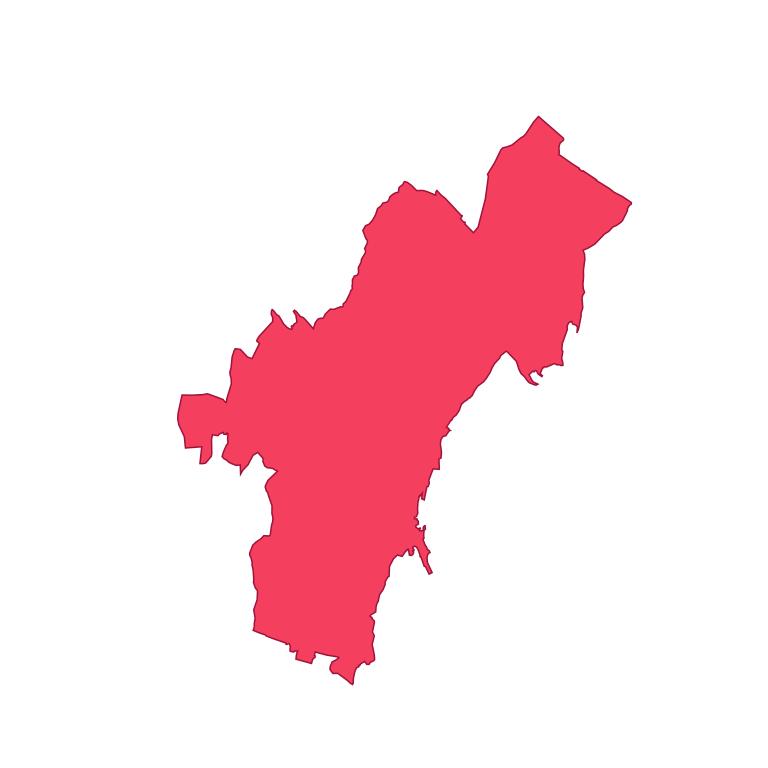 Voloiac, Mehedinti, Romania (Natural Earth projection), rotated 105°
{"feature_id": "2599482B70706234168944", "entity_name": "Voloiac", "entity_type": "district", "adm_level": 2, "iso_a3": "ROU", "parent_name": "Romania", "parent_adm1": "Mehedinti", "projection": "natural_earth1", "projection_center": [23.067, 44.63], "detail": "fine", "context": "isolated", "style": "filled", "palette": "rose", "viewbox_px": 768, "rotation_deg": 105, "n_neighbors": 0, "source": "geoboundaries", "source_scale": "gbopen_adm2", "svg_char_len": 6169}
<svg xmlns="http://www.w3.org/2000/svg" viewBox="0 0 768 768"><g transform="rotate(105 384 384)"><path d="M497.8,559.0L497.2,559.0L496.7,557.8L491.8,543.8L508.5,541.2L508.0,538.8L506.6,535.9L498.7,532.1L495.9,532.3L481.9,536.3L477.4,536.5L476.9,531.0L475.0,530.1L472.4,526.9L473.9,525.8L473.6,523.3L472.4,523.4L472.0,522.3L473.2,521.6L477.1,521.0L481.6,519.4L484.1,520.4L491.1,521.5L495.9,521.6L497.5,519.5L498.4,515.8L499.5,514.4L500.3,511.0L500.9,505.7L499.4,501.9L508.2,499.2L503.9,498.1L497.3,494.5L486.8,492.1L482.8,488.3L486.9,481.9L487.7,481.3L490.3,480.9L494.1,477.9L495.1,474.9L494.5,471.9L494.5,468.7L495.1,467.6L495.8,464.3L507.0,471.1L512.6,472.2L514.2,472.1L517.6,470.1L519.2,468.0L521.3,467.0L530.5,460.7L538.2,458.7L542.1,456.6L546.0,455.9L549.1,456.1L559.4,454.8L560.5,455.6L561.6,460.8L565.5,462.9L569.8,466.7L573.5,469.0L582.1,470.0L584.1,469.4L586.4,467.4L590.1,465.4L593.3,464.5L597.2,462.4L607.5,458.9L609.4,458.8L614.5,455.3L616.1,453.0L617.2,452.5L625.2,450.7L635.8,451.4L643.7,447.8L648.6,447.4L652.3,446.4L655.8,446.6L656.7,440.1L657.0,433.9L657.8,432.8L658.6,425.9L659.6,411.7L660.6,411.4L660.9,410.7L659.4,408.8L659.5,408.0L662.4,406.4L665.2,406.0L666.5,405.4L666.2,401.7L665.1,401.3L664.3,398.2L667.0,398.6L669.6,398.3L672.6,397.8L672.6,397.0L672.7,381.7L669.3,381.7L667.2,381.1L666.2,379.9L664.5,380.0L664.0,381.0L660.7,381.1L660.7,369.4L659.7,359.3L659.8,357.0L660.8,357.2L663.5,359.4L665.7,362.1L670.5,362.8L673.6,362.4L676.8,358.5L675.5,353.7L680.0,342.2L681.8,339.0L682.4,336.6L681.0,336.3L676.2,337.4L669.6,337.7L665.4,337.2L663.5,335.1L662.3,335.6L661.6,334.3L660.4,334.2L657.0,330.8L659.3,328.1L658.7,325.9L656.3,325.1L654.2,322.5L652.7,321.7L648.3,323.2L638.7,328.0L629.7,328.2L626.5,331.0L616.9,331.5L615.3,332.1L613.8,334.7L612.7,335.2L611.9,337.4L611.1,337.5L606.3,333.0L601.2,334.0L597.5,334.0L595.4,333.3L589.0,333.8L582.5,331.6L577.3,331.0L575.5,331.6L572.5,331.2L569.3,330.2L568.5,329.3L558.7,331.5L550.4,329.6L545.8,326.8L545.8,321.9L539.0,319.4L539.1,318.9L537.3,318.2L537.3,317.6L542.7,315.2L542.4,314.1L542.7,313.5L541.4,312.1L539.8,311.7L538.5,312.1L538.0,313.1L537.3,312.8L537.1,312.0L536.0,312.3L535.5,313.6L533.6,313.7L532.7,311.9L533.1,310.5L534.7,308.6L539.6,305.1L541.3,304.6L542.1,303.1L549.5,298.1L549.8,296.5L556.0,291.2L553.7,288.7L545.5,295.6L542.7,296.8L540.1,297.6L537.4,297.6L536.2,297.3L534.9,295.9L533.4,297.1L532.4,299.5L530.1,300.9L529.6,302.1L523.8,306.3L522.8,305.4L519.6,306.6L515.0,307.4L513.5,306.4L510.2,307.7L510.3,308.1L512.1,309.0L515.4,308.3L516.6,311.1L516.0,312.0L514.2,311.4L513.7,311.9L515.1,313.1L514.2,316.0L512.6,316.7L510.5,314.5L508.6,315.0L507.4,315.6L507.5,316.3L505.8,317.1L506.2,319.7L504.7,320.1L503.7,318.4L500.0,317.9L496.3,319.2L488.9,320.7L487.3,320.5L483.2,321.1L482.4,320.4L483.0,320.2L479.6,318.8L485.1,318.0L485.6,315.1L472.0,316.0L471.6,314.8L469.1,314.6L467.7,314.6L465.4,315.8L453.3,314.6L452.1,308.5L442.2,311.5L440.8,309.8L435.0,310.8L427.5,314.0L422.8,314.6L419.4,313.4L418.0,310.9L412.6,309.0L411.7,307.9L411.2,309.7L410.2,309.9L409.5,312.5L403.2,310.4L400.5,308.9L398.6,308.7L395.2,306.2L390.1,304.5L383.8,304.0L380.4,302.0L377.3,299.2L376.4,299.1L375.3,297.6L372.2,295.8L366.5,294.6L361.9,293.0L355.9,288.3L352.1,286.6L345.0,284.4L340.8,283.9L335.7,282.5L329.1,279.0L326.3,278.6L320.7,274.5L321.0,273.4L327.8,262.0L334.9,257.5L338.4,254.4L340.5,250.3L343.7,246.5L345.2,244.0L345.9,238.0L345.6,236.6L344.3,235.3L343.5,240.0L341.8,242.4L337.5,246.3L333.2,243.7L333.4,242.1L331.7,241.4L331.9,240.1L334.5,237.7L336.0,233.4L335.0,233.1L333.6,235.8L327.7,235.1L326.8,233.8L325.8,233.8L325.5,231.3L320.2,224.8L320.7,221.2L320.2,220.8L320.0,219.8L320.3,217.3L319.6,216.0L316.7,217.0L313.3,219.0L306.2,219.7L305.0,221.1L298.6,222.2L283.8,221.0L280.5,222.2L276.8,221.3L275.0,219.1L277.2,217.2L277.5,213.5L279.2,211.8L284.8,210.9L281.0,210.3L267.3,211.2L264.5,212.0L259.0,211.7L249.6,215.0L246.8,215.0L243.6,214.0L240.5,216.1L236.4,217.6L228.7,219.0L222.5,220.8L211.4,222.3L206.7,223.9L203.3,226.4L200.0,222.1L194.3,216.6L182.0,209.8L178.4,206.4L173.1,203.6L170.7,200.5L166.5,197.0L164.4,195.9L157.2,194.4L153.2,193.7L151.9,194.3L147.8,193.1L146.5,191.8L144.7,192.0L141.2,202.2L139.3,211.2L136.8,217.1L132.4,231.7L131.8,231.6L126.5,247.0L127.2,247.5L126.0,251.0L125.2,251.0L122.6,259.2L116.9,274.8L115.2,274.5L110.5,276.2L107.9,276.4L105.7,276.2L101.9,273.7L100.2,274.2L85.6,304.0L92.2,307.3L105.6,311.7L108.5,313.3L111.3,315.9L120.0,322.2L123.1,326.6L125.1,330.3L127.5,331.7L141.6,334.4L154.7,338.3L156.0,337.1L158.7,336.6L179.3,334.0L208.1,333.7L214.7,336.7L208.5,347.3L206.9,347.4L206.7,348.3L207.1,348.9L204.7,352.6L202.7,352.5L202.3,352.0L201.1,352.1L201.1,353.2L188.8,372.9L186.8,377.6L183.4,383.0L184.9,383.6L188.2,383.0L187.0,392.4L187.0,396.6L188.7,402.5L185.0,408.9L183.2,413.6L183.1,416.3L183.9,417.0L186.4,417.4L189.9,420.1L190.8,420.3L195.0,419.8L196.6,422.7L198.9,424.9L201.8,426.8L204.7,426.9L206.7,427.6L207.8,428.6L209.5,431.9L212.7,432.9L216.1,435.6L222.3,435.9L228.6,437.4L233.4,439.7L235.9,442.8L241.2,444.2L248.4,439.0L249.1,437.8L250.4,436.9L252.9,436.7L258.2,437.8L260.0,436.4L261.7,435.9L269.7,438.1L271.9,437.6L278.2,438.9L283.2,437.4L285.8,438.0L287.4,440.6L291.6,441.5L295.7,440.3L297.6,440.3L300.0,439.2L302.6,440.3L304.8,440.3L314.2,442.2L317.1,444.1L319.7,443.7L320.5,444.4L320.7,446.1L324.9,451.7L325.6,455.3L331.7,458.8L335.5,459.6L336.6,460.6L336.7,461.8L338.0,464.3L339.5,465.1L342.8,466.3L348.9,466.5L341.6,477.5L340.7,479.4L340.4,482.4L336.6,487.6L335.9,489.6L337.3,490.3L340.8,486.4L341.7,486.4L345.5,484.6L347.3,484.4L349.9,486.7L351.6,486.7L351.8,488.3L352.5,488.4L354.1,487.1L355.0,487.2L355.2,489.9L354.3,492.5L351.9,496.5L345.5,503.0L344.8,505.7L341.9,509.3L341.0,511.3L342.8,511.6L345.7,511.0L348.8,508.7L352.5,507.7L370.3,517.0L374.1,518.1L375.5,518.0L377.0,514.8L393.5,518.0L393.6,519.8L393.2,522.9L387.7,531.7L388.4,536.8L390.6,537.4L397.0,537.7L408.4,535.9L412.1,536.0L414.6,535.2L418.4,533.0L423.4,531.5L438.8,532.0L442.5,531.6L442.3,533.2L440.6,535.5L439.1,552.0L441.2,556.3L444.7,567.3L446.9,576.2L465.8,575.3L471.2,574.2L476.7,571.5L486.6,563.2L497.8,559.0Z" fill="#f43f5e" stroke="#9f1239" stroke-width="1.5"/></g></svg>